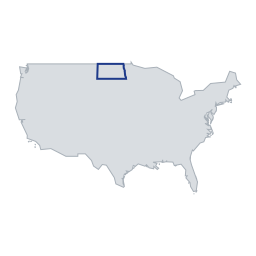 North Dakota highlighted on a map of United States of America
{"feature_id": "USA-3516", "entity_name": "North Dakota", "entity_type": "State", "adm_level": 1, "iso_a3": "USA", "parent_name": "United States of America", "parent_adm1": "", "projection": "equal_earth", "projection_center": [-98.519, 47.467], "detail": "coarse", "context": "in_parent", "style": "outline", "palette": "blue", "viewbox_px": 256, "rotation_deg": 0, "n_neighbors": 0, "source": "natural_earth", "source_scale": "10m", "svg_char_len": 4186}
<svg xmlns="http://www.w3.org/2000/svg" viewBox="0 0 256 256"><path d="M210.6,83.5L225.3,82.1L229.7,71.3L235.5,73.1L236.7,79.8L240.6,84.3L235.2,86.0L235.1,87.2L234.0,85.6L232.9,88.3L228.8,90.2L226.8,97.1L229.6,100.0L231.3,99.7L230.6,98.4L231.3,99.0L231.6,100.4L226.9,101.4L225.8,99.8L225.6,102.0L220.1,102.5L216.2,105.2L216.4,103.7L215.9,102.6L215.2,106.4L216.5,107.1L216.4,110.3L214.0,114.5L210.8,111.9L212.3,109.3L210.4,111.1L211.5,114.0L212.9,115.6L213.3,117.5L210.4,124.3L211.1,120.0L207.9,116.0L209.4,111.8L206.7,113.0L208.3,119.3L205.4,117.4L204.5,117.6L205.2,115.6L205.1,115.1L204.3,116.6L204.4,117.9L208.7,120.4L207.9,121.5L205.8,119.3L205.1,118.9L207.6,121.6L208.7,122.1L208.2,123.7L206.9,122.4L209.0,124.9L208.6,125.2L207.5,124.0L205.0,123.4L208.3,125.7L210.3,125.6L212.7,131.5L210.6,127.0L211.4,129.9L207.6,129.3L210.6,132.2L211.8,131.4L210.4,134.1L206.7,133.1L209.0,134.5L207.2,135.9L209.5,136.9L205.6,137.5L203.8,141.8L200.1,143.0L193.4,150.9L192.4,150.0L190.1,157.4L190.0,159.2L191.5,164.9L197.5,181.9L196.2,190.9L193.5,191.5L190.6,186.6L190.0,182.6L185.9,177.9L187.2,175.8L185.3,175.9L185.8,170.0L181.1,164.2L174.3,165.5L172.9,162.1L166.2,161.8L167.0,160.5L165.9,161.8L162.8,162.4L162.7,159.8L162.2,161.7L153.0,162.2L157.0,163.5L155.7,165.9L158.7,168.2L157.3,169.5L153.8,166.4L153.7,168.8L149.1,167.8L146.5,164.7L145.0,166.2L138.2,163.9L134.4,167.2L135.4,166.3L133.3,165.4L132.2,169.6L128.2,172.3L129.1,171.5L126.4,171.0L127.4,172.5L124.3,174.2L123.1,178.9L121.7,178.2L122.9,179.4L123.1,183.7L124.4,186.3L123.5,187.3L115.9,183.9L114.3,177.6L106.4,165.2L102.3,164.5L98.4,169.4L93.6,166.1L91.5,160.5L85.3,153.8L77.9,153.8L77.8,156.3L65.9,156.3L50.9,148.6L40.8,149.6L39.7,145.4L35.7,141.4L27.1,138.3L27.3,135.3L21.1,122.2L21.4,120.9L22.8,122.6L22.1,119.7L25.3,119.5L19.3,119.8L15.4,107.9L17.2,101.6L16.2,94.6L18.4,90.1L20.8,77.4L23.7,77.7L20.5,77.1L21.9,73.7L20.7,73.8L19.6,66.8L26.8,68.0L24.9,71.7L27.5,69.0L26.9,72.1L25.1,72.9L26.3,73.0L27.8,71.7L28.7,68.6L27.3,63.9L131.1,63.9L131.1,62.1L133.1,65.1L144.9,68.4L156.8,67.2L173.4,75.8L174.3,78.1L180.1,81.7L182.5,90.7L179.1,98.0L181.1,100.4L195.0,94.6L194.1,91.2L195.4,90.6L203.3,90.4L210.6,83.5ZM221.9,104.0L224.3,103.6L216.1,105.8L222.7,103.2L221.9,104.0ZM27.5,66.8L28.2,68.7L28.1,69.0L27.0,67.6L27.5,66.8ZM124.3,185.6L123.2,181.8L123.3,179.6L123.5,181.9L124.3,185.6ZM235.9,86.2L236.0,87.3L235.6,87.0L235.9,86.2ZM146.6,165.8L146.8,166.6L146.0,165.9L146.6,165.8ZM30.3,141.7L31.3,141.2L31.4,141.3L30.3,141.7ZM29.2,141.3L28.8,141.9L28.5,141.4L29.2,141.3ZM229.1,101.6L228.5,102.2L228.3,102.1L229.1,101.6ZM123.9,177.7L123.3,179.4L124.7,176.1L123.9,177.7ZM195.7,176.2L196.9,179.6L195.6,175.9L195.7,176.2ZM35.3,144.4L35.6,145.2L35.2,144.4L35.3,144.4ZM196.6,191.4L195.8,192.5L197.1,190.3L196.6,191.4ZM213.2,133.5L212.4,134.8L212.9,131.8L213.2,133.5ZM26.7,65.2L26.7,65.8L26.3,65.5L26.7,65.2ZM127.4,173.1L126.0,173.9L127.5,172.9L127.4,173.1ZM231.4,101.9L231.5,102.6L230.7,102.5L231.4,101.9ZM35.1,146.8L35.3,147.9L34.9,146.9L35.1,146.8ZM125.6,174.6L125.0,175.0L125.5,174.3L125.6,174.6ZM213.1,118.8L212.3,120.5L213.2,118.2L213.1,118.8ZM134.0,168.0L133.0,168.6L134.4,167.5L134.0,168.0ZM190.4,158.3L190.3,159.7L190.1,158.7L190.4,158.3ZM209.9,137.1L209.6,137.3L210.4,136.3L209.9,137.1ZM176.7,165.2L175.6,166.0L175.2,165.8L176.7,165.2ZM162.4,162.2L162.2,162.4L161.5,162.4L162.4,162.2ZM188.7,182.7L188.9,183.7L188.5,182.5L188.7,182.7ZM159.5,164.1L159.3,165.0L159.2,163.4L159.5,164.1ZM194.1,193.8L193.5,193.9L194.4,193.7L194.1,193.8ZM216.3,110.9L215.9,111.7L216.3,110.5L216.3,110.9ZM211.7,135.0L211.3,135.3L211.2,135.3L211.7,135.0Z" fill="#d9dde1" stroke="#a8b0b8" stroke-width="1"/><path d="M97.7,63.9L123.3,63.9L123.3,64.0L123.7,65.0L123.8,65.3L123.8,65.5L123.6,65.9L123.6,66.1L123.7,66.6L123.7,66.8L123.8,67.3L123.7,67.6L123.7,68.0L124.1,68.9L124.2,69.0L124.3,69.5L124.6,70.2L124.7,70.5L124.8,70.6L124.8,70.9L124.8,71.2L124.7,71.5L124.8,71.6L124.8,72.3L124.9,72.7L124.9,72.9L124.9,73.1L124.9,73.5L125.0,73.8L125.1,74.1L125.0,74.6L125.1,74.9L125.1,75.3L125.2,75.5L125.3,75.8L125.3,76.0L125.4,76.3L125.8,76.9L125.8,77.4L126.0,77.6L126.0,78.0L125.9,78.4L126.0,78.8L97.2,78.8L97.7,63.9Z" fill="none" stroke="#1e3a8a" stroke-width="2"/></svg>